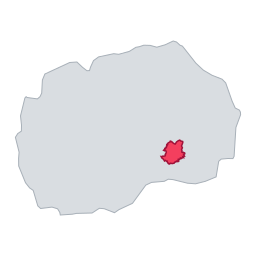 location of Demir Kapija, Demir Kapija, North Macedonia
{"feature_id": "65306769B1402835444879", "entity_name": "Demir Kapija", "entity_type": "district", "adm_level": 2, "iso_a3": "MKD", "parent_name": "North Macedonia", "parent_adm1": "Demir Kapija", "projection": "equal_earth", "projection_center": [22.242, 41.393], "detail": "fine", "context": "in_parent", "style": "filled", "palette": "rose", "viewbox_px": 256, "rotation_deg": 0, "n_neighbors": 0, "source": "geoboundaries", "source_scale": "gbopen_adm2", "svg_char_len": 2221}
<svg xmlns="http://www.w3.org/2000/svg" viewBox="0 0 256 256"><path d="M113.8,53.7L118.7,54.3L129.3,51.4L135.9,47.3L139.3,46.7L143.8,45.2L150.2,45.4L156.8,47.2L165.1,44.8L173.2,41.0L176.5,42.0L180.0,45.2L182.4,46.1L195.9,63.2L203.3,70.1L212.1,75.3L222.1,79.2L225.7,82.9L232.1,101.1L235.2,108.0L239.4,110.1L240.4,112.1L240.6,114.7L235.9,127.5L234.1,156.3L232.9,158.6L227.9,158.5L221.2,159.1L218.7,161.3L216.1,176.9L205.4,181.3L195.6,183.8L187.5,183.2L173.0,179.6L168.3,179.2L164.3,181.3L151.5,182.4L145.8,185.1L132.5,203.3L119.0,209.6L114.5,212.7L104.2,208.7L99.3,208.3L92.1,213.0L76.5,213.4L72.3,214.2L60.3,215.0L59.8,212.4L57.6,208.8L52.0,207.1L40.6,208.5L37.8,205.9L33.2,190.4L29.6,187.9L25.5,182.7L18.7,166.0L18.6,158.6L19.1,152.2L15.4,137.3L17.8,133.5L21.4,131.1L21.5,125.1L20.5,115.9L24.9,98.0L26.1,96.7L27.1,97.5L37.4,98.9L40.0,96.7L41.7,93.1L42.4,80.0L44.9,74.0L69.7,62.5L76.9,62.0L82.5,67.3L86.9,70.7L89.5,70.6L90.5,67.2L93.5,60.6L98.6,56.9L113.7,53.7L113.8,53.7Z" fill="#d9dde1" stroke="#a8b0b8" stroke-width="1"/><path d="M182.4,147.8L181.5,146.0L182.8,142.6L182.7,141.5L180.5,140.9L179.8,140.1L178.3,140.7L176.5,142.0L175.3,144.0L174.5,143.9L173.2,143.1L172.0,141.9L171.2,141.8L170.8,141.1L170.2,141.2L170.0,141.9L168.2,142.9L167.0,144.3L167.6,144.7L167.3,145.1L166.8,145.2L166.9,145.7L166.8,146.0L166.6,145.9L166.3,146.3L166.4,147.6L165.8,147.7L165.0,149.1L164.7,148.8L164.6,149.3L163.6,150.3L164.6,150.8L165.1,150.4L165.3,150.7L166.0,151.0L166.3,152.0L166.1,153.0L165.2,154.4L165.5,154.8L165.1,155.9L163.1,156.3L162.8,156.1L162.2,156.6L161.1,156.5L162.0,158.2L162.7,158.5L164.1,160.2L164.5,161.0L165.5,160.4L166.4,161.2L167.2,161.2L167.1,161.7L168.1,163.3L168.7,163.8L169.0,163.5L169.6,164.0L170.7,163.2L172.1,163.6L174.1,163.2L174.7,162.2L175.1,162.2L175.7,161.6L176.1,161.8L176.9,161.0L177.9,161.7L178.8,161.0L178.2,160.3L178.2,159.3L178.6,159.2L179.1,159.5L180.3,158.8L180.4,158.5L180.2,158.2L180.3,158.0L181.1,158.6L181.8,157.9L182.5,157.9L182.7,157.5L183.5,157.6L182.9,156.6L183.6,156.7L183.9,156.3L184.5,156.2L183.6,154.7L184.8,153.8L184.7,153.0L184.6,152.9L184.2,153.2L183.3,152.3L182.4,152.5L181.8,152.0L182.0,150.9L181.6,149.3L182.4,147.8Z" fill="#f43f5e" stroke="#9f1239" stroke-width="1.5"/></svg>